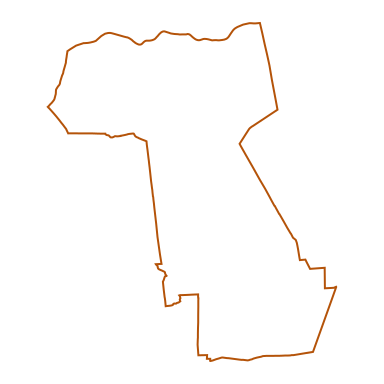 outline of Cheveresu Mare, Timis, Romania
{"feature_id": "2599482B8335236163508", "entity_name": "Cheveresu Mare", "entity_type": "district", "adm_level": 2, "iso_a3": "ROU", "parent_name": "Romania", "parent_adm1": "Timis", "projection": "mercator", "projection_center": [21.46, 45.664], "detail": "fine", "context": "isolated", "style": "outline", "palette": "amber", "viewbox_px": 384, "rotation_deg": 0, "n_neighbors": 0, "source": "geoboundaries", "source_scale": "gbopen_adm2", "svg_char_len": 5768}
<svg xmlns="http://www.w3.org/2000/svg" viewBox="0 0 384 384"><path d="M313.0,351.9L332.3,298.0L336.2,287.0L336.1,286.8L333.8,287.8L330.3,288.0L326.8,288.2L324.9,288.3L324.7,270.1L324.7,267.8L312.3,268.7L310.1,268.9L306.6,262.1L305.4,259.6L299.9,260.1L299.5,258.0L298.0,248.9L297.4,245.7L296.8,242.8L295.8,240.0L295.6,239.8L293.0,237.7L290.9,233.6L290.6,233.4L287.3,227.9L283.5,221.1L279.4,214.0L279.0,213.8L278.6,212.9L275.5,207.3L275.0,206.2L274.9,206.2L274.6,206.0L274.5,205.9L274.2,205.4L271.5,200.5L269.6,196.9L265.1,188.7L259.9,179.9L253.2,167.9L245.6,154.6L240.8,146.1L239.6,143.8L245.8,134.1L249.1,129.0L249.8,128.2L251.3,127.0L252.0,126.5L252.9,126.0L277.5,109.7L275.8,100.5L271.9,79.9L269.5,65.7L268.8,62.4L267.0,54.2L264.7,44.3L262.3,33.3L259.9,23.0L255.5,23.4L253.7,23.4L251.0,23.2L249.4,23.2L248.5,23.4L243.1,24.6L242.4,24.9L237.4,27.0L235.2,28.3L233.9,29.4L232.9,30.5L232.0,31.8L231.0,33.2L228.9,36.4L228.2,37.3L227.1,38.3L226.4,38.8L224.3,39.6L222.0,40.0L219.4,40.3L217.8,40.3L216.0,40.1L215.0,40.1L214.3,40.2L213.7,40.2L212.8,40.3L211.9,40.3L210.5,39.9L208.2,39.3L206.5,39.0L205.1,38.9L204.3,38.9L203.3,39.0L201.9,39.5L200.0,40.1L199.2,40.2L198.1,40.2L196.3,39.7L194.9,38.9L193.3,37.7L191.8,36.4L191.0,35.6L189.6,34.5L188.7,34.2L187.7,34.0L187.2,34.1L186.6,34.3L185.9,34.4L184.1,34.4L182.2,34.4L179.9,34.5L177.9,34.2L174.5,34.0L171.1,33.5L170.3,33.3L169.6,33.0L164.6,31.4L163.5,31.4L162.9,31.5L161.4,32.2L160.6,32.9L159.5,33.9L158.7,34.8L157.9,35.8L156.1,37.7L155.8,38.1L154.7,39.1L153.5,39.7L152.1,40.2L150.7,40.5L149.0,40.7L146.4,40.7L145.5,40.9L144.9,41.2L143.8,42.0L142.3,43.5L141.6,44.1L141.0,44.4L140.1,44.6L139.5,44.6L138.6,44.5L137.0,43.8L135.3,42.9L134.7,42.3L133.5,41.5L131.7,39.8L129.7,38.5L128.6,37.9L127.4,37.4L126.6,37.3L124.2,36.7L114.3,33.9L111.7,33.2L110.0,32.9L108.1,33.0L105.1,33.7L101.3,36.0L95.8,40.9L93.6,41.7L90.3,42.5L88.0,42.9L85.1,43.1L83.7,43.1L78.5,44.8L76.1,45.6L70.3,49.2L67.4,51.2L67.3,52.3L66.8,55.3L66.6,57.0L66.1,60.0L66.0,61.0L65.9,61.7L65.9,62.7L65.6,63.7L64.7,66.9L63.7,70.3L63.4,71.5L63.2,72.9L62.8,74.0L62.4,74.9L62.2,75.2L60.5,80.6L60.3,81.4L60.1,82.3L60.0,83.2L59.8,83.9L59.5,84.5L59.2,85.1L58.8,85.5L58.1,86.3L57.5,87.2L56.7,88.5L56.5,88.8L56.2,89.4L56.1,89.6L56.0,90.1L55.9,91.3L55.9,92.3L55.8,93.1L55.8,93.9L55.7,94.3L55.5,95.0L55.2,96.1L55.0,97.0L54.7,97.9L54.6,98.6L54.3,99.3L53.9,100.1L53.3,100.9L52.8,101.5L52.2,102.3L51.4,103.2L50.5,104.0L48.5,106.3L47.8,106.9L48.8,108.0L49.1,108.2L53.9,113.6L55.6,115.6L56.2,116.3L59.5,120.4L61.4,122.9L62.9,124.7L64.6,127.0L65.3,127.9L66.2,129.1L66.3,129.4L66.6,130.1L68.2,133.4L69.1,133.3L70.2,133.3L71.1,133.3L73.1,133.3L80.0,133.4L82.8,133.4L87.0,133.4L89.3,133.4L91.9,133.4L95.1,133.5L98.0,133.6L103.3,133.7L105.2,133.7L105.2,133.9L105.5,134.3L105.8,134.4L106.1,134.7L106.6,135.0L106.9,135.1L107.5,135.2L107.8,135.2L108.6,135.4L108.9,135.6L109.6,136.3L110.0,136.8L110.3,137.1L110.6,137.3L110.9,137.4L111.7,137.4L112.3,137.4L112.7,137.3L113.6,136.9L114.0,136.7L114.6,136.4L114.9,136.2L115.3,136.2L115.8,136.2L116.5,136.3L117.0,136.3L117.7,136.3L118.1,136.3L120.6,136.0L120.6,135.8L122.4,135.5L124.9,135.0L127.0,134.5L127.8,134.2L129.4,133.9L133.1,133.5L133.5,133.6L133.8,133.7L134.0,134.0L134.2,134.4L134.8,135.4L135.0,135.8L135.4,136.2L135.6,136.5L136.8,137.2L137.9,137.6L138.7,138.1L140.1,138.7L141.7,139.4L145.4,140.8L146.5,141.3L146.8,144.6L147.1,147.0L147.5,149.9L148.0,154.1L148.5,158.2L148.8,160.5L149.1,163.3L149.6,167.4L150.3,173.8L151.1,181.3L151.6,184.9L152.0,188.1L152.3,190.0L152.5,192.4L152.9,195.8L152.9,196.3L153.2,197.0L153.4,199.3L153.5,200.2L153.9,203.3L154.3,207.4L156.2,223.9L157.5,237.0L160.0,254.6L161.5,263.9L155.8,264.2L155.9,264.4L156.1,264.6L156.7,265.1L156.8,265.3L157.0,265.4L157.1,265.6L157.3,265.7L157.4,265.8L157.5,265.9L157.6,266.2L157.7,266.5L157.7,266.9L157.7,267.2L157.8,267.5L157.9,267.8L158.0,268.2L158.1,268.5L158.4,268.8L158.9,269.2L159.2,269.4L159.9,269.7L160.5,270.0L161.8,270.5L162.4,270.8L163.2,271.2L163.9,271.5L164.4,271.8L164.8,272.1L164.9,272.3L165.0,272.6L165.0,273.0L165.1,273.4L165.3,273.9L165.5,274.4L165.7,274.7L165.9,275.0L166.1,275.3L166.3,275.6L166.4,275.8L166.5,275.9L166.4,276.0L166.0,276.1L165.7,276.2L165.3,276.2L165.2,276.3L164.9,276.6L164.6,277.2L164.5,277.6L164.4,277.8L164.3,278.2L164.2,278.5L164.1,278.8L163.8,279.8L163.6,280.3L162.9,281.7L163.3,285.6L163.7,289.5L164.6,297.0L164.9,298.5L165.2,300.9L165.5,304.0L165.7,306.2L166.4,306.1L168.2,305.9L169.3,305.8L170.7,305.6L171.1,305.5L171.5,305.4L171.8,305.4L172.2,305.2L172.7,305.0L173.0,304.7L173.2,304.4L173.2,304.2L173.3,304.0L173.8,303.7L174.0,303.6L174.3,303.5L174.6,303.6L174.9,303.6L175.5,303.6L175.8,303.6L176.3,303.5L176.6,303.2L176.8,303.0L177.1,302.9L177.3,302.8L178.3,302.6L178.6,302.5L178.8,302.4L179.2,302.1L179.5,301.8L179.6,301.7L179.9,301.6L180.1,301.4L180.3,301.2L180.1,300.9L180.0,300.7L179.9,300.2L179.8,299.7L179.8,299.4L179.9,299.2L180.0,298.9L180.2,298.7L180.3,298.4L180.4,298.2L180.3,297.9L180.2,297.4L179.9,296.6L179.9,296.3L179.8,296.0L179.3,295.4L179.9,295.2L180.4,295.1L182.4,295.1L187.4,294.9L193.0,294.6L198.1,294.4L198.1,296.7L198.2,298.0L198.4,298.1L198.3,300.4L198.3,306.9L198.2,315.7L198.2,317.4L198.2,322.7L198.0,328.0L197.9,333.5L197.9,337.9L197.8,338.8L197.6,344.7L198.3,354.2L198.4,355.3L207.1,355.1L206.9,358.8L210.2,358.8L210.2,359.6L210.2,360.3L210.1,360.8L210.5,361.0L212.7,360.5L216.2,359.2L218.7,358.5L221.5,357.6L222.6,357.5L224.0,357.7L226.9,358.1L228.7,358.2L239.3,359.6L241.9,359.9L242.9,359.8L247.6,360.4L248.8,360.2L250.2,359.7L252.0,359.3L253.4,358.6L256.9,357.6L261.2,356.7L262.9,356.1L266.0,355.9L272.7,355.9L275.2,355.8L277.2,355.8L279.3,355.8L284.2,355.6L285.1,355.5L288.6,355.5L290.6,355.4L291.7,355.1L293.6,355.1L294.2,355.0L313.0,351.9Z" fill="none" stroke="#b45309" stroke-width="2"/></svg>